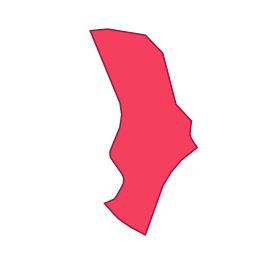 Hammersmith and Fulham, orthographic projection, rotated 202°
{"feature_id": "GBR-2069", "entity_name": "Hammersmith and Fulham", "entity_type": "London Borough", "adm_level": 1, "iso_a3": "GBR", "parent_name": "United Kingdom", "parent_adm1": "", "projection": "orthographic", "projection_center": [-0.218, 51.497], "detail": "fine", "context": "isolated", "style": "filled", "palette": "rose", "viewbox_px": 256, "rotation_deg": 202, "n_neighbors": 0, "source": "natural_earth", "source_scale": "10m", "svg_char_len": 584}
<svg xmlns="http://www.w3.org/2000/svg" viewBox="0 0 256 256"><g transform="rotate(202 128 128)"><path d="M146.6,220.6L123.8,210.4L118.6,203.3L92.4,168.0L72.1,158.3L71.7,158.4L71.5,157.0L68.5,146.2L66.9,143.5L64.4,141.2L61.4,139.0L56.5,135.9L66.6,118.1L71.5,103.2L74.0,87.7L71.9,35.4L87.2,36.9L96.7,38.8L102.9,40.4L109.0,43.0L121.6,49.3L114.2,56.8L113.0,61.3L111.6,72.3L111.6,75.1L113.0,79.5L115.4,82.5L133.0,94.0L134.2,95.7L135.6,98.6L135.9,100.8L135.8,125.7L138.8,137.9L144.7,148.1L199.5,204.0L183.8,212.2L146.6,220.6Z" fill="#f43f5e" stroke="#9f1239" stroke-width="1.5"/></g></svg>